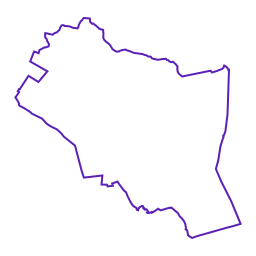 the district of Bodesti, Neamt, Romania
{"feature_id": "2599482B65662709621675", "entity_name": "Bodesti", "entity_type": "district", "adm_level": 2, "iso_a3": "ROU", "parent_name": "Romania", "parent_adm1": "Neamt", "projection": "natural_earth1", "projection_center": [26.436, 47.042], "detail": "fine", "context": "isolated", "style": "outline", "palette": "violet", "viewbox_px": 256, "rotation_deg": 0, "n_neighbors": 0, "source": "geoboundaries", "source_scale": "gbopen_adm2", "svg_char_len": 3565}
<svg xmlns="http://www.w3.org/2000/svg" viewBox="0 0 256 256"><path d="M231.3,226.6L240.6,223.9L231.2,201.2L221.1,181.2L215.9,168.9L216.7,166.0L217.0,164.8L217.9,161.9L217.9,161.5L218.2,161.1L218.2,160.4L218.3,160.2L219.7,151.0L219.8,150.9L220.0,148.9L220.5,146.7L220.6,146.2L220.7,145.7L220.6,145.4L221.3,143.6L222.3,140.3L223.1,138.0L223.6,137.0L223.5,136.5L223.1,136.0L223.8,134.9L224.1,134.9L224.5,133.8L224.8,132.7L225.1,132.4L225.6,130.0L225.6,129.6L227.5,114.6L229.0,69.8L228.8,69.4L228.2,69.5L228.2,69.3L227.9,68.9L227.6,68.1L226.8,67.5L226.2,66.6L224.2,65.5L223.9,66.4L223.8,67.1L222.8,68.4L221.9,69.1L221.1,69.3L217.1,70.9L212.1,72.5L211.2,71.6L210.6,70.7L182.1,76.5L181.7,76.1L180.4,74.9L179.6,74.4L178.2,72.8L177.5,71.2L177.7,70.1L177.2,69.1L177.4,68.8L177.4,68.0L177.5,66.3L177.0,66.0L176.5,65.2L175.8,64.2L174.8,63.4L173.8,62.5L172.9,61.7L172.4,61.9L171.2,62.2L170.1,61.8L169.1,61.3L168.6,60.3L166.9,60.0L165.8,58.7L164.9,59.0L163.0,58.9L161.2,59.3L158.4,59.7L156.7,59.7L155.7,59.2L154.1,59.0L152.2,58.5L151.5,57.8L150.8,56.7L150.1,56.6L148.1,56.5L146.5,55.3L144.3,54.9L143.6,54.4L141.9,54.0L141.4,53.9L140.2,53.8L137.2,53.3L135.2,53.1L133.1,52.6L130.9,51.6L129.1,51.0L126.8,50.3L126.4,50.0L125.7,49.6L124.8,49.7L123.0,49.9L121.1,50.4L119.0,51.2L118.9,51.5L117.3,51.6L117.0,51.7L116.5,51.6L116.2,51.5L114.2,50.4L112.4,49.0L110.3,45.4L108.7,43.7L106.5,42.1L106.0,41.7L104.1,39.7L103.6,38.5L103.3,38.2L103.4,33.3L103.1,29.8L102.7,29.6L102.3,29.5L101.3,29.5L99.0,28.6L98.9,28.3L96.3,25.9L94.0,24.2L93.5,23.6L93.1,23.6L92.4,23.9L92.0,23.6L91.4,23.1L90.2,22.0L89.8,18.5L83.9,18.0L83.7,18.0L82.9,19.0L81.8,20.5L80.7,21.4L78.9,24.7L78.3,27.1L77.5,28.4L74.6,28.0L73.0,27.8L69.4,26.3L66.8,26.1L64.6,26.0L63.7,25.2L61.7,25.3L60.2,27.5L59.7,29.5L58.0,31.2L57.2,32.1L56.3,32.5L55.1,33.0L54.5,33.2L54.0,33.5L52.7,34.7L45.3,33.1L45.1,34.2L45.1,37.0L45.8,38.0L46.4,38.8L46.6,39.1L47.1,40.4L47.2,41.3L47.8,41.9L49.0,44.2L48.7,45.4L48.5,46.4L45.7,47.4L44.5,47.4L39.4,50.1L38.6,53.2L34.1,51.5L30.2,61.5L47.4,71.3L38.4,82.0L28.5,75.8L19.7,89.3L19.0,89.1L17.8,91.3L19.1,92.1L16.3,96.2L15.4,97.4L17.2,100.1L19.1,103.6L18.9,104.9L19.9,106.0L20.9,106.4L24.3,108.2L30.6,112.3L32.0,113.7L42.3,118.8L46.3,123.3L48.7,125.1L52.1,127.1L53.8,127.9L57.0,129.4L61.5,133.6L63.8,136.6L75.0,145.6L81.7,171.0L83.9,177.6L102.4,175.5L101.5,184.5L102.9,184.6L107.0,184.7L107.6,186.4L112.8,185.8L112.7,185.3L112.5,184.6L112.3,184.0L112.1,183.5L112.4,183.4L117.5,181.6L117.6,182.0L117.8,182.2L118.0,182.4L118.1,182.6L118.6,183.3L120.4,185.8L122.3,188.4L124.0,190.6L126.0,192.2L127.5,196.0L130.7,202.4L132.9,205.6L134.8,207.0L135.6,207.4L136.4,207.8L136.8,209.7L137.5,209.9L138.2,210.2L138.5,208.9L138.9,208.1L139.8,207.0L142.1,205.9L143.0,206.2L143.2,206.7L143.2,207.3L143.1,207.7L143.1,208.0L143.4,208.2L144.3,208.2L144.4,209.4L144.7,209.6L145.0,209.7L145.4,209.5L145.6,209.3L145.7,209.2L145.9,209.2L146.1,209.2L146.3,209.3L146.6,209.4L146.9,209.8L147.2,210.2L147.7,211.1L148.0,211.4L147.9,211.8L147.5,212.2L147.0,212.5L147.3,212.9L147.7,213.0L147.9,213.0L148.3,213.0L148.5,213.1L149.0,212.9L149.4,212.6L150.0,212.6L150.7,212.6L151.2,212.7L151.4,212.2L151.7,212.0L152.0,211.8L152.5,212.0L152.8,212.4L158.2,208.7L159.2,209.5L159.9,210.0L160.4,210.3L162.5,209.8L168.5,208.0L169.3,207.9L169.9,207.7L170.4,207.7L170.5,208.0L171.6,207.7L172.5,208.5L174.1,209.9L174.9,210.6L178.0,213.1L179.4,216.0L181.6,218.1L184.0,221.2L185.3,224.1L186.0,228.4L185.6,229.4L187.2,230.3L188.1,235.4L192.1,238.0L196.0,236.5L198.2,235.8L227.2,227.6L231.3,226.6Z" fill="none" stroke="#5b21b6" stroke-width="2"/></svg>